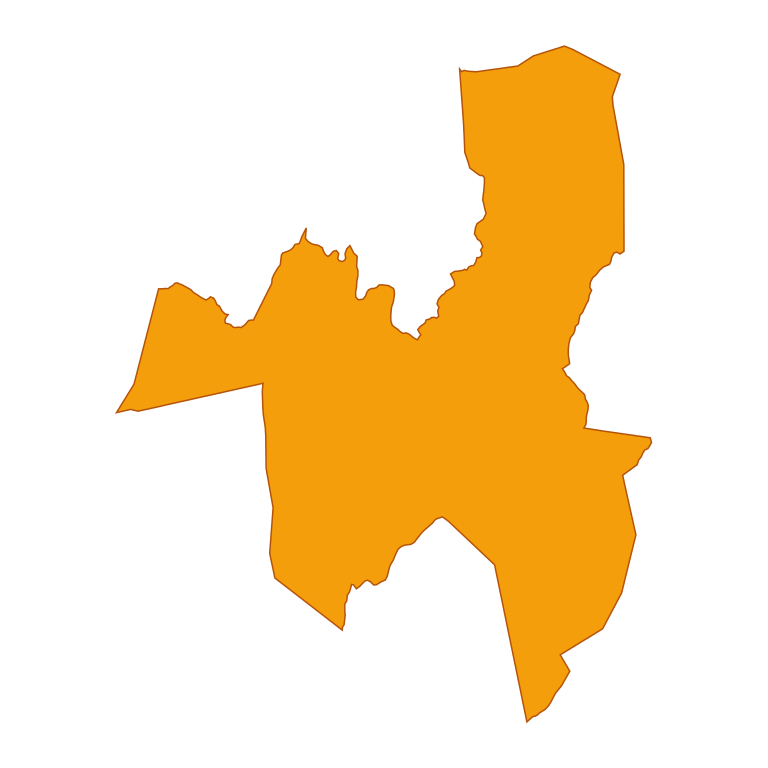 Oeiras, Piauí, Brazil
{"feature_id": "56859067B10450749339831", "entity_name": "Oeiras", "entity_type": "district", "adm_level": 2, "iso_a3": "BRA", "parent_name": "Brazil", "parent_adm1": "Piauí", "projection": "equal_earth", "projection_center": [-42.206, -6.968], "detail": "fine", "context": "isolated", "style": "filled", "palette": "amber", "viewbox_px": 768, "rotation_deg": 0, "n_neighbors": 0, "source": "geoboundaries", "source_scale": "gbopen_adm2", "svg_char_len": 4307}
<svg xmlns="http://www.w3.org/2000/svg" viewBox="0 0 768 768"><path d="M459.6,69.0L463.5,122.5L464.2,137.2L464.8,152.4L466.4,157.0L468.2,162.4L469.8,168.0L472.2,169.8L477.5,173.8L480.1,175.5L482.6,175.5L484.4,177.8L484.4,183.4L483.9,190.0L483.1,196.2L482.8,200.1L483.9,204.4L484.6,208.0L486.1,213.4L483.3,219.2L477.0,223.7L475.5,227.6L474.5,234.1L476.1,236.4L477.4,239.2L480.3,241.2L481.5,243.8L482.8,246.6L480.6,250.0L482.0,253.3L481.2,256.3L479.3,257.5L476.9,257.7L475.8,262.0L473.6,265.5L471.2,265.8L468.7,267.0L466.7,270.2L464.7,269.3L462.7,270.4L460.3,270.7L458.2,271.1L454.6,271.4L450.5,274.0L454.3,281.4L454.6,285.6L451.9,287.8L448.5,289.9L446.3,290.9L444.5,293.6L441.6,295.5L438.5,299.3L437.0,303.9L438.9,307.2L437.7,311.0L438.7,316.4L436.5,318.1L434.3,317.3L431.5,317.5L429.6,319.1L426.4,319.8L424.9,323.2L420.3,326.4L417.7,329.7L419.4,332.6L420.8,334.7L418.7,337.6L417.5,339.8L415.4,338.9L412.7,337.1L409.8,334.6L406.3,332.9L402.9,333.4L400.0,331.5L397.6,329.2L394.4,327.0L392.1,325.0L390.8,320.4L390.8,314.6L391.6,306.9L393.5,301.1L394.4,294.6L394.3,291.2L393.5,288.5L388.5,285.6L381.8,284.8L379.0,285.0L376.6,287.5L373.9,288.5L371.4,288.5L368.5,289.9L366.8,292.4L365.6,295.9L363.0,299.2L358.5,299.8L355.8,297.2L355.6,292.2L356.5,286.8L356.9,280.6L357.9,276.1L357.9,270.3L356.6,266.5L357.2,256.3L353.9,253.3L349.9,245.6L346.8,248.8L345.0,253.7L345.7,258.2L344.5,260.4L342.0,261.6L339.0,260.6L337.7,258.5L338.7,253.5L336.2,250.5L333.3,251.3L329.9,255.1L327.9,256.5L325.3,254.5L323.8,251.8L322.2,247.6L318.2,245.3L314.9,244.7L311.9,243.9L308.2,241.6L305.4,238.3L306.3,227.9L301.8,236.8L300.7,240.0L299.3,243.5L294.9,244.5L293.1,247.6L290.4,250.1L286.8,251.6L282.7,253.0L281.4,255.2L280.8,260.1L280.3,264.8L277.7,268.2L275.8,271.3L274.2,274.0L272.2,278.5L271.7,283.6L253.4,320.1L250.9,320.1L248.6,320.5L245.1,324.6L241.3,327.5L238.0,327.1L235.5,327.6L233.1,327.2L230.7,324.7L228.2,323.8L225.4,323.2L224.8,319.9L226.3,317.0L228.2,314.6L225.2,314.1L222.3,311.3L219.4,306.1L216.9,304.6L215.4,301.1L213.8,298.3L210.4,296.8L208.5,298.6L206.0,300.0L203.0,298.5L201.1,297.5L197.7,295.1L194.7,293.3L192.9,291.9L191.4,290.2L189.0,288.6L185.3,286.6L181.8,284.7L179.6,284.0L177.5,282.9L174.9,283.2L172.8,285.5L170.2,286.9L168.2,288.6L165.2,288.5L161.9,288.8L158.6,288.8L134.0,384.2L116.5,412.6L130.7,409.4L138.0,411.2L161.3,406.1L164.9,405.2L233.9,389.8L259.4,384.1L263.0,383.3L262.3,391.3L262.5,397.4L262.7,403.7L262.8,407.3L263.4,415.4L264.7,423.4L265.3,428.0L265.8,436.8L266.1,468.2L273.1,507.8L269.7,553.4L274.9,578.0L342.2,630.1L342.6,626.9L344.1,624.7L344.6,620.2L345.2,615.6L344.8,611.5L344.8,604.0L346.8,600.7L347.3,595.1L349.4,592.1L350.4,589.2L351.5,584.4L353.7,585.0L356.4,588.8L359.9,586.2L362.3,583.6L365.1,580.9L367.4,580.2L370.4,581.7L373.7,585.0L376.6,584.7L380.6,582.1L385.3,580.0L387.2,576.4L388.9,569.7L389.6,566.7L391.0,563.9L393.3,560.1L394.9,555.9L396.7,552.0L398.2,549.1L400.9,546.8L403.5,545.5L405.6,545.0L410.8,544.4L414.3,542.3L416.4,539.5L422.0,532.4L425.2,529.4L427.8,527.2L431.1,524.2L432.9,522.7L434.6,520.2L436.7,518.8L442.5,516.9L448.5,521.3L494.6,564.8L518.9,682.9L526.9,721.9L532.8,716.6L535.2,716.2L537.7,714.8L539.4,712.9L541.9,711.5L545.1,709.4L548.4,705.9L550.7,702.3L555.3,693.5L561.6,685.6L569.8,671.2L560.2,654.8L602.6,628.8L621.5,593.2L623.3,586.2L624.4,581.5L635.9,534.8L624.6,484.3L622.7,475.2L637.1,464.7L638.7,460.0L641.3,456.7L642.6,453.4L644.7,450.0L647.8,448.7L649.6,446.0L651.5,442.5L650.3,437.8L602.2,430.9L583.9,428.0L585.9,424.5L586.3,420.9L586.3,417.3L587.0,413.5L588.0,409.6L588.2,405.2L587.1,402.0L585.4,399.1L584.7,394.9L582.4,392.4L580.2,390.5L577.5,387.7L574.6,383.7L571.4,380.4L569.6,377.9L566.5,375.7L564.5,371.7L562.4,368.8L569.6,363.7L569.2,360.2L568.3,355.2L568.3,349.2L568.9,343.8L570.3,338.0L573.5,333.8L574.8,330.6L575.4,326.5L578.4,323.6L579.9,315.3L582.5,312.5L584.1,308.9L586.2,304.3L588.4,300.4L589.3,295.1L591.6,290.2L589.8,287.5L590.4,282.2L592.8,277.5L595.0,275.9L597.3,273.4L599.5,270.4L603.2,267.0L607.0,265.4L609.5,264.3L610.9,261.2L611.8,256.9L614.2,252.8L617.0,252.2L620.1,254.0L624.0,251.2L623.9,213.1L623.8,164.5L613.1,105.8L612.8,102.8L612.3,96.9L620.1,74.3L616.1,72.2L572.6,49.4L564.4,46.1L533.4,55.9L517.8,66.0L476.1,71.8L467.6,71.2L464.3,70.4L461.7,71.6L459.6,69.0Z" fill="#f59e0b" stroke="#b45309" stroke-width="1.5"/></svg>